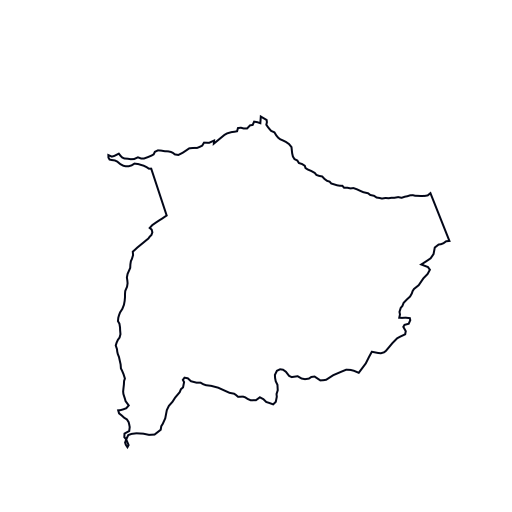 the district of Poranga, Ceará, Brazil, rotated 250°
{"feature_id": "56859067B70222133799440", "entity_name": "Poranga", "entity_type": "district", "adm_level": 2, "iso_a3": "BRA", "parent_name": "Brazil", "parent_adm1": "Ceará", "projection": "robinson", "projection_center": [-41.066, -4.8], "detail": "fine", "context": "isolated", "style": "outline", "palette": "ink", "viewbox_px": 512, "rotation_deg": 250, "n_neighbors": 0, "source": "geoboundaries", "source_scale": "gbopen_adm2", "svg_char_len": 4184}
<svg xmlns="http://www.w3.org/2000/svg" viewBox="0 0 512 512"><g transform="rotate(250 256 256)"><path d="M204.0,442.9L255.4,441.4L254.2,438.1L254.7,435.3L255.8,431.9L257.2,428.6L258.2,426.1L259.5,424.2L260.3,421.6L260.4,418.6L260.8,416.3L260.9,412.7L262.7,409.8L263.4,405.8L264.4,403.1L264.9,400.4L266.2,397.6L266.9,394.0L268.3,391.9L269.7,389.3L272.2,387.5L274.3,384.2L276.6,382.8L279.3,378.6L281.8,376.0L284.2,373.6L286.5,370.8L287.2,367.9L288.9,365.2L290.0,362.1L292.4,361.2L293.4,358.7L294.7,356.4L296.6,353.9L298.4,351.5L300.7,350.6L302.3,348.5L305.0,346.7L308.1,345.4L309.7,342.7L311.5,340.5L314.0,339.6L317.0,337.0L319.6,334.2L321.7,332.6L324.1,332.7L326.7,330.7L328.7,328.1L331.6,327.5L333.9,325.3L336.9,324.7L340.1,325.1L342.6,325.7L346.2,326.6L349.9,325.3L353.0,323.1L355.4,320.8L357.5,318.6L359.6,317.3L362.4,316.3L365.9,315.6L368.4,313.0L371.0,312.0L373.1,311.3L375.8,310.6L378.0,312.0L380.2,312.5L385.4,308.2L379.3,305.5L381.3,303.0L382.9,300.2L380.3,297.7L380.8,295.1L378.9,291.3L380.0,288.1L381.7,285.7L382.4,282.8L379.7,280.9L380.1,278.4L380.8,275.3L381.1,270.8L380.6,267.8L376.0,254.8L378.8,256.1L378.4,250.6L380.3,245.9L378.1,243.2L377.8,240.4L377.7,237.7L379.1,233.6L380.0,230.1L379.1,226.6L378.1,222.5L377.5,217.6L379.2,214.5L381.3,213.2L382.9,211.6L384.4,209.2L385.7,206.0L387.5,202.9L388.8,200.0L388.5,196.6L386.5,194.6L386.1,192.2L385.9,188.4L385.9,184.0L386.9,181.4L389.1,178.8L388.8,174.6L389.8,171.4L391.3,168.7L392.7,165.6L394.4,163.9L396.4,163.0L399.1,162.1L398.5,157.0L398.7,154.5L401.3,151.8L398.9,151.0L396.7,151.4L395.5,153.3L394.1,156.0L392.2,157.9L388.8,159.9L386.2,162.2L384.9,164.2L383.9,166.9L383.7,170.1L384.4,173.4L382.6,176.9L380.9,179.1L379.3,181.3L376.9,183.6L374.7,185.2L373.9,187.4L324.6,185.9L324.0,183.4L323.3,180.8L322.7,177.8L321.7,173.6L320.5,169.1L318.7,165.7L316.5,167.0L313.7,166.7L311.5,164.9L310.5,162.7L309.2,160.8L308.3,158.1L307.0,154.5L305.8,151.0L304.5,147.3L303.3,144.5L302.2,141.7L298.9,140.8L295.7,138.4L294.0,136.7L291.1,135.1L287.8,133.7L285.4,131.4L283.1,129.2L279.9,127.3L276.9,126.7L274.3,126.0L271.2,124.3L267.9,121.2L265.1,119.9L262.1,118.8L258.7,117.2L255.3,115.2L252.0,112.3L249.5,109.0L247.3,107.1L245.1,105.5L242.0,104.0L239.1,104.5L235.4,103.8L232.6,102.9L228.9,101.9L226.0,99.9L224.5,97.6L222.4,95.5L219.9,93.6L216.0,93.5L213.6,92.9L211.2,92.6L208.0,92.7L204.3,92.2L200.4,91.7L196.5,90.6L194.3,90.9L190.3,91.1L185.7,90.9L183.7,89.3L180.4,87.9L177.0,86.2L174.1,84.8L171.7,84.2L169.5,84.1L166.5,84.0L164.2,83.8L161.5,84.6L159.1,85.3L157.3,82.0L157.3,78.8L157.5,76.0L158.1,73.7L154.9,73.5L152.2,75.2L149.1,76.8L146.6,78.8L143.4,79.5L140.8,79.2L138.4,78.8L134.9,77.0L134.1,71.7L130.8,70.3L128.0,71.3L131.4,74.7L131.4,78.2L130.3,83.0L127.6,89.3L124.5,94.3L122.9,99.6L125.3,107.0L128.5,108.8L130.1,110.9L134.5,115.2L141.7,119.5L145.0,122.9L147.6,127.7L150.6,131.6L154.1,137.7L156.5,139.9L157.5,142.5L162.1,145.3L164.6,144.9L166.1,147.2L164.4,150.1L160.6,152.0L157.3,156.8L155.9,160.6L153.6,162.5L151.7,164.8L149.3,169.5L145.2,175.4L136.5,184.3L134.1,188.3L132.3,189.6L129.8,191.0L128.3,195.7L126.9,197.5L124.5,199.3L122.3,201.6L120.5,206.6L121.9,211.3L118.9,214.0L115.3,215.7L113.7,217.8L110.7,221.4L112.2,224.7L116.6,227.4L119.3,228.1L122.4,230.5L127.6,232.1L131.5,231.7L134.8,232.2L137.8,233.1L141.0,236.4L141.3,239.9L139.9,242.5L137.0,244.5L132.0,246.1L130.0,248.1L128.8,254.0L125.3,256.9L123.5,259.9L122.7,263.8L123.4,266.6L122.7,269.8L117.1,273.9L116.2,277.0L115.7,279.6L117.6,287.9L118.1,296.8L118.3,301.9L116.6,305.9L114.7,308.7L111.1,312.6L117.5,322.4L122.6,327.8L126.4,332.1L123.2,337.4L121.9,340.0L121.7,343.4L122.4,345.6L127.6,354.6L130.4,360.5L130.9,363.9L131.4,369.4L134.1,371.0L139.0,370.2L140.5,372.0L140.1,376.3L142.9,379.0L145.0,379.3L146.9,375.4L147.9,372.0L149.0,369.5L151.8,371.3L154.4,371.7L157.8,374.3L159.0,376.5L161.5,378.7L163.6,383.0L165.2,386.9L167.5,389.6L169.5,391.2L171.0,393.2L172.9,398.9L177.8,405.7L180.4,411.1L183.6,414.7L186.8,413.8L191.5,408.4L193.2,415.8L194.1,419.3L197.1,423.5L202.8,426.9L204.3,431.5L203.8,434.0L203.9,436.6L204.8,439.7L204.0,442.9ZM128.0,71.3L125.5,69.2L123.2,69.1L120.3,69.8L121.9,71.6L128.0,71.3Z" fill="none" stroke="#020617" stroke-width="2"/></g></svg>